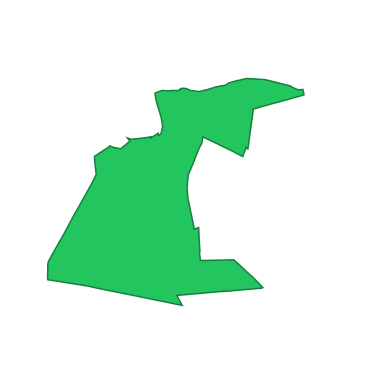 Santa Ana Nopalucan, Tlaxcala, Mexico, rotated 204°
{"feature_id": "50627088B6785133078565", "entity_name": "Santa Ana Nopalucan", "entity_type": "district", "adm_level": 2, "iso_a3": "MEX", "parent_name": "Mexico", "parent_adm1": "Tlaxcala", "projection": "orthographic", "projection_center": [-98.337, 19.293], "detail": "fine", "context": "isolated", "style": "filled", "palette": "green", "viewbox_px": 384, "rotation_deg": 204, "n_neighbors": 0, "source": "geoboundaries", "source_scale": "gbopen_adm2", "svg_char_len": 3764}
<svg xmlns="http://www.w3.org/2000/svg" viewBox="0 0 384 384"><g transform="rotate(204 192 192)"><path d="M129.2,326.2L130.0,327.5L132.0,330.1L132.4,330.8L132.8,330.4L133.9,329.9L136.2,328.7L137.9,328.5L139.4,328.4L141.7,328.5L144.9,328.7L145.2,328.7L145.4,328.9L170.5,324.5L174.0,323.3L174.5,323.0L175.0,322.9L175.5,322.7L176.0,322.5L176.5,322.3L176.9,322.1L177.5,321.9L178.1,321.7L178.5,321.6L179.1,321.4L179.6,321.2L188.4,317.9L190.8,316.1L191.8,315.3L194.4,313.2L195.4,312.7L203.0,306.4L205.0,303.0L209.0,300.5L212.9,297.7L215.8,295.2L219.4,292.0L222.6,289.6L225.5,287.2L227.1,286.4L228.6,285.9L230.3,285.4L231.5,285.2L233.0,284.8L233.9,284.3L234.8,284.2L235.9,284.1L236.7,284.2L238.6,284.2L239.8,284.1L241.3,283.5L242.6,283.0L243.6,282.4L244.3,282.0L244.8,280.9L245.1,280.0L246.2,279.0L247.3,278.4L249.1,277.7L250.5,277.1L251.9,276.4L253.4,275.6L254.3,274.9L255.1,274.6L255.9,274.6L256.5,274.2L257.9,273.4L259.1,273.3L260.0,273.0L261.0,272.2L262.5,270.8L263.8,269.6L264.9,268.4L266.1,267.2L261.5,260.4L259.2,257.6L253.3,250.9L249.3,245.9L247.7,243.4L245.8,240.5L245.4,239.6L245.0,237.7L244.0,232.1L244.2,231.9L245.5,230.1L246.7,232.0L246.8,231.9L251.3,225.1L251.5,224.8L251.7,225.9L252.0,225.7L259.1,221.1L259.3,221.0L269.9,215.0L270.5,215.3L273.0,215.1L269.4,213.2L270.2,211.6L270.3,211.5L270.3,211.4L271.7,208.5L274.7,202.5L274.8,202.3L276.8,202.0L278.8,201.5L282.2,200.8L283.6,200.7L284.8,200.7L285.6,200.8L286.2,200.3L286.3,199.5L286.3,199.2L286.9,198.3L287.0,198.1L288.5,195.9L293.9,187.5L295.6,184.9L292.5,179.0L286.7,169.2L286.8,162.8L287.8,150.5L290.4,123.0L292.1,100.0L294.3,78.2L294.3,77.5L294.9,70.7L294.8,68.9L293.8,66.0L290.8,59.2L289.4,55.7L288.3,53.6L288.2,53.4L288.1,53.2L248.9,63.7L238.4,65.8L216.2,70.8L215.6,70.9L208.6,72.5L202.0,74.0L195.4,75.4L191.9,76.2L189.6,76.7L189.0,76.9L179.6,78.9L178.7,79.1L176.1,79.7L172.3,80.6L169.3,81.2L167.2,81.7L161.1,83.0L158.9,83.5L155.8,84.2L154.8,84.4L158.5,87.2L163.9,91.4L163.7,91.5L160.5,93.2L152.7,97.5L149.3,99.4L147.3,100.5L145.7,101.4L142.3,103.2L140.9,104.0L136.0,106.8L126.1,112.3L123.2,114.0L122.9,113.8L118.3,116.4L117.9,116.5L117.6,116.7L117.2,116.9L112.3,119.7L109.0,121.5L104.8,123.9L102.1,125.4L101.6,125.6L101.2,125.8L97.4,128.0L91.9,131.0L88.8,132.8L88.4,133.5L90.8,134.5L93.2,135.5L99.4,138.0L100.1,138.2L101.8,138.9L111.7,142.1L120.9,145.4L123.3,146.1L123.6,146.1L125.8,147.0L126.2,147.1L129.2,145.6L135.8,142.5L148.4,136.6L152.3,134.7L153.9,134.0L154.7,133.7L156.7,132.9L156.8,133.1L158.0,135.6L159.6,137.9L160.1,138.9L160.4,139.4L160.4,139.6L160.4,139.9L160.4,140.5L164.6,148.7L165.5,150.3L170.9,161.1L171.5,162.2L171.9,161.9L172.0,161.8L174.7,159.0L180.7,167.3L181.0,167.8L183.2,170.8L184.3,172.2L185.4,173.8L186.7,175.7L187.3,176.5L188.0,177.5L188.5,178.2L189.3,179.2L190.4,180.8L191.4,182.1L192.2,183.3L193.0,184.4L193.8,185.6L194.3,186.5L194.9,187.6L195.5,188.7L196.0,189.8L196.5,190.7L197.0,191.6L197.5,192.5L198.0,193.5L198.3,194.3L198.5,194.7L198.7,195.5L199.1,196.5L199.5,197.5L200.2,199.4L200.5,200.4L200.8,201.3L201.1,202.3L201.4,203.3L201.7,204.3L202.0,205.2L202.3,206.1L202.4,207.2L202.4,208.2L202.4,209.3L202.4,210.3L202.4,211.3L202.5,212.4L202.5,212.9L202.5,213.5L202.5,214.6L202.6,215.7L202.6,216.8L202.6,218.0L202.6,219.1L202.7,219.6L202.7,220.1L202.7,221.3L202.8,222.9L202.9,224.5L203.0,226.0L203.0,227.0L203.0,227.3L203.1,228.8L203.1,230.1L203.2,231.5L203.2,232.2L203.2,232.9L203.2,234.3L203.3,235.9L203.1,237.3L202.9,239.0L203.0,240.7L204.4,246.8L190.9,246.4L170.8,245.7L160.1,245.0L160.6,254.1L160.7,254.7L158.5,254.1L159.7,258.5L160.4,260.9L162.6,268.5L163.0,269.6L164.5,275.1L166.2,280.7L167.2,284.4L168.4,288.2L169.7,292.7L163.9,297.7L158.8,301.8L153.8,306.0L151.1,308.1L141.1,316.4L129.2,326.2Z" fill="#22c55e" stroke="#15803d" stroke-width="1.5"/></g></svg>